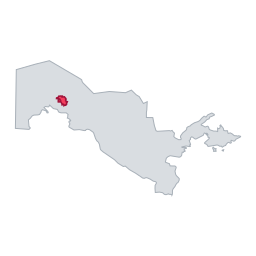 Chimbay, Karakalpakstan, Uzbekistan shown in context
{"feature_id": "79887680B3643857389786", "entity_name": "Chimbay", "entity_type": "district", "adm_level": 2, "iso_a3": "UZB", "parent_name": "Uzbekistan", "parent_adm1": "Karakalpakstan", "projection": "robinson", "projection_center": [59.5, 43.045], "detail": "fine", "context": "in_parent", "style": "filled", "palette": "rose", "viewbox_px": 256, "rotation_deg": 0, "n_neighbors": 0, "source": "geoboundaries", "source_scale": "gbopen_adm2", "svg_char_len": 4736}
<svg xmlns="http://www.w3.org/2000/svg" viewBox="0 0 256 256"><path d="M207.7,114.9L211.8,113.0L214.2,114.3L214.4,115.0L211.9,116.3L209.7,117.1L209.1,118.8L206.9,119.6L204.7,122.0L201.2,124.4L201.2,124.9L201.5,125.3L202.7,125.6L205.1,127.0L207.4,126.2L208.0,126.4L208.6,127.2L209.3,129.4L210.4,130.0L213.7,131.1L216.2,131.1L217.5,131.6L217.7,131.4L217.6,128.1L218.7,128.7L219.8,128.2L220.2,126.6L219.9,125.5L220.7,124.9L221.1,125.3L221.2,126.3L222.4,127.0L223.4,128.6L223.8,130.5L226.1,130.9L226.9,130.6L227.5,130.8L228.0,133.2L228.3,133.4L230.3,132.9L232.2,133.9L234.3,135.7L236.6,135.8L237.1,136.1L238.7,135.8L240.6,136.3L240.6,136.6L240.3,137.0L236.0,139.2L234.9,140.7L233.9,141.2L231.2,140.3L230.8,141.3L231.4,142.2L230.8,143.2L229.4,142.8L229.1,142.3L227.8,142.6L226.3,144.2L225.6,145.5L224.2,145.9L222.2,147.2L221.4,146.1L219.9,146.3L218.0,145.2L217.0,145.0L208.5,146.4L207.8,146.2L206.8,144.4L204.7,143.5L204.7,142.6L208.9,138.9L209.4,137.8L207.9,137.1L208.0,136.2L205.1,133.2L204.5,133.0L204.2,133.1L203.2,135.3L195.8,139.1L194.6,138.7L192.9,137.3L191.7,136.8L190.4,138.0L190.5,139.4L189.2,140.5L190.6,144.4L190.5,144.9L189.5,145.0L190.3,146.4L189.7,146.6L186.1,146.0L181.9,146.9L182.0,147.5L185.8,147.4L186.3,147.7L186.4,148.2L186.2,148.5L184.2,148.8L184.1,149.4L185.2,151.1L184.7,151.5L184.0,151.2L183.5,152.3L182.2,152.2L181.6,155.5L180.6,156.7L179.2,157.2L170.1,155.7L167.8,156.8L166.3,158.2L165.4,161.9L165.6,162.3L169.4,163.7L170.1,165.9L174.8,166.0L175.6,166.4L176.0,166.9L176.2,167.5L175.0,171.1L175.6,174.3L176.4,175.7L179.2,178.5L179.2,180.0L178.6,181.4L177.9,182.6L177.0,183.1L175.9,184.6L175.0,186.4L173.1,188.9L172.5,190.2L172.4,194.1L171.9,195.3L171.8,194.9L171.1,194.4L169.0,194.3L168.6,193.8L166.0,194.7L164.3,194.3L162.6,192.7L159.4,192.1L155.3,192.5L155.0,188.4L155.1,185.4L156.5,183.0L156.4,182.6L155.7,181.7L153.2,181.1L150.3,179.2L147.6,178.0L146.1,177.6L144.4,178.3L142.8,178.1L135.6,173.2L129.5,169.7L125.3,166.1L123.3,166.5L118.0,163.2L114.5,159.7L103.1,151.9L100.9,150.0L100.3,149.0L99.4,144.3L98.3,142.1L96.9,140.9L95.6,138.7L93.7,133.1L93.0,132.1L89.6,129.7L87.7,129.2L86.2,129.5L85.5,130.5L84.3,130.6L79.4,129.6L74.0,130.0L69.2,127.2L68.9,126.7L68.9,126.0L69.8,124.1L69.7,123.3L69.0,122.4L69.0,121.4L69.5,120.9L70.3,121.1L70.7,120.7L70.5,120.2L69.4,119.0L67.3,118.0L67.7,117.3L67.8,115.5L68.1,114.5L67.8,114.2L66.2,112.8L60.9,112.8L59.6,112.4L58.6,111.9L57.6,109.8L57.1,109.4L53.4,108.6L49.7,105.1L48.9,106.6L48.2,106.9L45.4,106.5L44.0,107.5L47.4,111.0L48.2,112.1L48.1,112.8L47.1,112.9L46.2,111.2L45.7,110.7L42.4,109.7L41.3,110.8L41.0,112.2L39.5,114.5L37.9,114.9L33.9,115.1L32.7,115.6L31.9,116.2L30.4,118.2L28.4,119.9L29.0,126.4L30.3,128.0L29.0,129.4L15.4,128.4L16.3,69.6L35.6,64.1L49.4,60.7L80.9,79.2L81.7,79.9L82.1,81.5L82.9,82.8L93.7,93.6L109.4,91.5L125.5,92.7L131.4,90.1L136.2,94.8L139.2,96.6L143.4,103.5L147.2,101.7L146.8,110.0L146.4,112.5L146.4,117.5L152.8,117.6L154.4,125.7L156.0,130.7L157.4,131.3L169.5,130.6L170.4,131.0L172.1,130.4L173.2,132.0L174.5,133.1L173.8,136.6L175.3,138.0L178.7,139.7L180.8,139.6L181.2,139.0L181.0,138.2L180.5,137.4L180.5,136.3L180.8,135.6L182.7,132.9L185.9,130.3L186.6,129.4L186.8,127.7L187.9,126.8L190.6,125.7L191.0,124.9L194.4,122.8L198.2,121.5L199.9,120.4L201.5,118.4L203.9,116.3L204.8,116.3L205.5,116.9L206.1,117.0L207.7,114.9ZM207.9,134.6L207.4,133.6L206.8,133.2L206.5,133.3L207.5,134.6L207.9,134.6ZM216.0,151.3L213.5,151.3L213.8,149.7L212.9,149.0L212.7,148.2L212.8,147.5L213.4,147.2L214.2,148.3L216.2,148.8L215.6,149.9L216.2,151.1L216.0,151.3ZM223.7,149.7L223.3,151.1L222.1,150.5L222.3,150.1L223.7,149.7Z" fill="#d9dde1" stroke="#a8b0b8" stroke-width="1"/><path d="M64.4,96.8L63.5,96.9L62.1,97.0L62.3,96.1L61.5,96.1L60.7,96.0L60.0,96.1L59.2,96.2L58.9,96.1L58.6,96.4L58.4,96.9L58.0,97.5L57.7,97.9L57.2,97.7L56.6,97.9L56.5,98.6L57.0,98.6L57.3,98.7L57.5,98.8L57.8,98.8L58.1,98.8L58.7,98.7L59.1,98.8L59.4,99.0L59.5,99.1L59.8,99.1L59.9,99.3L59.9,99.5L60.0,99.6L60.1,99.8L59.9,99.8L59.6,99.8L59.4,99.7L59.2,99.5L59.0,99.3L58.8,99.3L58.6,99.6L58.4,100.1L58.3,100.5L58.2,100.7L58.2,101.3L58.3,101.6L58.3,101.9L58.7,101.9L59.0,102.0L59.3,102.0L59.6,101.9L59.8,101.8L59.9,101.7L60.0,101.6L60.3,101.6L60.7,101.4L60.7,101.9L60.8,102.1L61.3,102.5L61.4,102.9L61.6,103.1L61.7,103.3L61.8,103.5L61.9,103.8L62.1,104.1L62.1,104.5L62.0,104.8L62.4,104.8L62.4,104.4L62.6,104.2L62.7,104.3L62.8,104.4L63.2,104.2L63.4,104.3L63.4,104.7L63.7,104.9L63.9,105.1L64.0,105.6L64.2,105.4L64.7,105.3L64.9,105.2L65.1,105.0L65.3,105.2L65.7,105.3L66.0,105.0L66.2,104.7L66.7,104.1L66.6,103.4L66.4,102.9L67.0,102.5L67.3,101.7L66.9,101.7L66.4,101.5L65.6,100.8L65.9,100.2L66.0,99.6L65.7,99.4L65.9,98.5L65.6,98.2L65.3,98.0L64.9,97.4L64.4,96.8Z" fill="#f43f5e" stroke="#9f1239" stroke-width="1.5"/></svg>